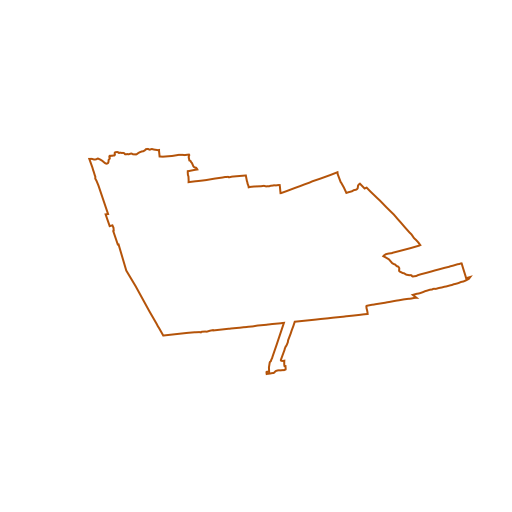 Stiubieni, Botosani, Romania, rotated 302°
{"feature_id": "2599482B57702858743031", "entity_name": "Stiubieni", "entity_type": "district", "adm_level": 2, "iso_a3": "ROU", "parent_name": "Romania", "parent_adm1": "Botosani", "projection": "albers", "projection_center": [26.776, 47.985], "detail": "fine", "context": "isolated", "style": "outline", "palette": "amber", "viewbox_px": 512, "rotation_deg": 302, "n_neighbors": 0, "source": "geoboundaries", "source_scale": "gbopen_adm2", "svg_char_len": 6037}
<svg xmlns="http://www.w3.org/2000/svg" viewBox="0 0 512 512"><g transform="rotate(302 256 256)"><path d="M351.7,448.8L348.5,446.0L350.9,443.3L355.1,438.4L358.7,434.3L358.5,433.9L356.9,432.6L355.8,431.3L352.1,428.1L350.1,426.1L349.3,425.6L345.9,422.2L342.1,418.7L338.4,415.2L336.0,413.1L332.2,409.6L327.8,405.4L325.5,403.4L324.1,402.6L323.1,401.5L322.5,400.7L321.7,399.9L321.6,399.0L322.0,398.1L321.7,397.3L320.9,396.1L320.0,393.8L319.8,393.3L319.8,392.6L319.8,391.7L319.8,390.7L319.3,389.5L319.2,388.7L319.2,388.0L319.0,386.8L319.0,386.1L319.2,385.3L319.9,384.8L321.1,384.3L321.6,383.9L322.1,383.0L322.3,382.1L322.3,381.6L322.0,381.0L322.2,379.6L322.5,378.6L322.2,377.2L322.1,375.3L323.6,370.5L323.5,366.4L323.3,364.1L324.1,364.2L326.2,365.1L327.0,365.8L328.3,367.1L330.4,369.7L331.3,370.3L336.0,374.8L344.7,383.0L351.2,388.8L352.3,389.5L352.6,388.6L353.1,387.7L353.1,387.2L353.4,386.8L353.9,385.2L354.0,384.7L354.4,383.3L354.8,381.0L355.1,380.0L355.8,378.5L356.7,376.4L357.1,374.7L357.2,374.0L359.1,367.5L361.1,361.1L362.4,356.6L364.2,350.9L365.1,346.7L366.5,340.4L368.7,331.6L369.3,328.4L371.3,318.9L372.6,313.6L370.8,312.3L372.4,305.8L371.7,305.5L370.7,305.3L369.9,305.2L367.4,306.3L366.6,306.3L365.7,306.0L365.1,305.6L363.7,304.1L362.8,303.6L361.9,303.2L360.2,301.7L359.3,300.8L357.4,299.2L360.6,294.3L363.3,289.4L363.5,288.7L368.7,281.9L370.2,280.7L363.9,276.0L355.5,269.4L349.2,264.2L346.6,262.5L342.2,259.0L338.7,256.4L334.4,253.0L327.3,247.6L322.6,243.9L322.3,243.5L327.1,239.8L328.7,238.5L327.8,237.1L326.8,236.0L326.2,235.1L325.8,234.3L325.5,233.8L324.6,232.9L323.8,231.8L323.1,231.0L322.0,230.1L321.4,229.0L321.1,228.6L320.7,228.2L320.5,227.8L320.2,227.2L319.9,226.1L319.6,225.4L317.9,223.4L313.8,217.4L311.7,214.7L310.4,213.4L311.7,212.2L312.1,211.5L312.9,210.5L314.0,209.5L314.8,208.5L318.9,204.7L312.7,196.4L310.6,193.6L308.6,191.6L308.3,191.1L308.3,190.6L308.9,190.0L308.6,190.1L308.2,190.0L307.8,189.6L307.4,189.2L306.6,187.9L304.8,186.0L299.8,180.0L293.9,173.4L291.3,170.2L288.7,166.9L287.1,164.8L283.9,160.9L282.9,159.7L284.6,158.7L287.6,156.6L288.7,155.3L290.6,153.9L291.8,153.2L292.6,154.2L296.5,158.3L298.3,160.4L298.5,160.1L299.0,158.8L299.1,158.4L299.0,158.1L298.7,157.3L298.6,156.3L298.8,155.5L300.9,152.4L301.3,151.1L301.9,150.1L301.9,149.5L301.7,148.9L302.2,148.3L302.9,147.8L303.3,147.4L303.6,146.9L304.0,146.8L304.3,146.5L304.9,146.2L305.8,146.1L306.3,145.8L306.5,145.4L306.1,144.9L304.5,142.9L304.3,142.7L303.6,141.7L302.9,140.2L301.5,137.9L300.6,136.6L299.5,135.4L296.5,132.0L290.8,124.3L289.3,121.5L293.7,118.1L294.5,117.6L293.8,116.8L293.1,115.1L292.5,113.8L292.1,112.8L291.6,111.1L291.2,110.6L289.9,109.6L289.7,109.2L289.6,108.1L289.6,107.8L289.3,107.3L288.6,106.6L288.5,106.2L288.3,106.1L286.6,105.7L285.3,105.0L284.9,104.7L284.2,103.8L282.2,102.3L280.9,101.6L279.4,101.0L278.8,100.7L278.4,100.3L278.3,99.7L277.7,99.0L277.4,98.4L277.1,97.8L277.0,97.3L277.0,96.7L276.9,96.1L276.5,95.6L274.9,94.2L274.6,93.8L274.5,93.6L274.4,93.3L274.3,92.9L273.2,91.7L273.0,91.1L272.9,90.9L273.2,90.3L273.3,89.8L273.1,88.9L273.0,88.7L272.4,87.7L272.0,87.1L271.9,86.6L271.5,85.8L271.3,85.6L271.0,85.5L270.8,85.2L270.7,85.0L270.7,84.6L270.9,84.2L270.9,83.9L270.8,83.5L270.1,82.5L269.4,81.7L269.2,81.6L268.9,81.5L268.7,81.5L267.6,82.1L267.1,82.7L266.2,82.6L266.0,82.4L265.4,81.4L264.9,81.1L264.5,80.3L263.7,79.7L263.8,79.3L263.7,79.1L263.5,78.9L263.3,78.8L262.7,78.9L262.3,79.2L262.0,79.4L261.9,79.7L261.5,80.1L261.2,80.3L260.9,80.3L260.5,80.3L259.7,80.1L259.2,80.2L257.7,81.0L256.8,81.2L256.3,81.2L255.9,81.0L255.2,80.5L255.0,80.2L254.9,79.7L254.8,78.9L254.8,78.4L255.1,76.3L255.3,75.0L255.2,74.1L255.3,73.2L255.2,72.6L254.9,70.3L254.6,70.0L254.0,69.7L253.3,69.2L252.8,68.7L252.3,68.0L251.9,67.3L251.6,66.0L251.3,65.2L250.0,63.2L245.5,68.9L244.4,70.3L242.6,72.3L241.4,73.8L239.3,76.2L238.0,77.8L236.7,78.5L236.4,78.8L235.3,80.8L232.3,85.0L213.2,108.3L211.6,106.4L203.8,116.1L205.9,118.0L204.4,120.2L202.1,121.9L201.5,121.7L192.5,132.7L193.0,133.3L174.9,153.7L166.5,170.1L152.6,194.9L145.8,207.7L144.3,210.2L143.7,211.6L139.4,219.5L146.2,228.1L154.4,238.5L158.9,244.5L159.3,245.2L161.4,248.2L161.7,248.9L162.0,249.7L162.3,249.7L162.6,249.8L163.2,250.4L165.0,252.9L165.7,254.3L166.0,254.6L168.3,256.6L169.7,258.1L170.1,258.5L170.4,258.9L170.2,259.2L179.7,271.2L180.5,272.4L181.1,273.0L185.8,279.2L186.6,280.3L189.0,283.2L190.5,285.3L191.7,286.7L194.6,290.6L197.8,294.1L203.2,301.3L204.1,302.3L205.1,303.6L206.6,305.4L212.1,312.7L213.0,313.7L214.1,315.1L190.9,320.7L179.2,323.4L177.9,323.8L176.3,323.9L174.8,324.3L174.5,324.3L173.7,324.0L172.9,324.1L168.4,326.0L164.9,328.4L164.6,327.9L163.5,326.5L163.3,326.4L163.1,326.5L162.5,326.8L161.6,327.6L162.2,328.2L162.5,328.7L162.7,328.8L163.6,330.0L165.3,331.8L166.1,332.9L167.0,333.3L167.9,333.4L169.2,333.9L170.8,335.4L172.0,337.4L173.2,338.9L174.1,340.3L175.4,341.2L175.8,341.1L178.3,339.3L177.8,338.5L178.6,337.7L180.9,336.2L182.2,335.5L181.3,334.5L180.7,333.4L180.6,332.9L180.6,332.5L180.8,332.3L181.2,332.1L191.7,329.9L192.7,329.5L194.1,329.3L195.1,329.1L195.6,329.3L195.9,329.3L197.4,329.1L199.7,328.7L201.5,327.9L208.6,326.5L211.8,325.7L216.3,324.8L220.8,323.7L233.3,339.8L236.9,344.3L241.1,349.8L244.5,354.0L251.1,362.6L251.8,363.4L252.5,364.2L256.5,369.4L261.0,375.1L263.4,378.0L266.0,381.4L267.3,380.4L268.7,379.1L270.3,377.4L271.5,376.5L271.9,376.2L272.2,376.2L272.3,376.2L273.5,377.4L276.2,380.3L277.1,381.5L278.7,383.2L281.7,386.7L284.9,390.4L286.1,391.6L288.0,393.8L291.0,397.0L292.8,399.0L294.2,400.7L297.5,404.3L300.6,408.1L300.8,408.5L302.1,410.1L304.2,412.3L305.3,413.7L305.6,414.2L306.1,409.6L309.3,412.5L309.9,413.3L311.3,414.7L313.8,416.7L316.0,418.2L317.0,419.2L319.4,421.2L320.1,422.0L320.8,423.0L322.0,423.7L322.7,424.6L323.1,425.5L324.0,426.5L324.6,427.0L325.2,427.5L326.1,428.4L327.3,429.7L327.6,430.1L329.8,432.1L331.0,433.5L334.2,436.4L335.1,437.4L336.6,438.5L337.1,438.9L337.6,439.5L338.0,439.9L339.6,441.4L340.7,442.3L341.6,442.9L342.7,443.7L344.3,445.4L346.3,446.8L349.4,448.6L351.7,448.8Z" fill="none" stroke="#b45309" stroke-width="2"/></g></svg>